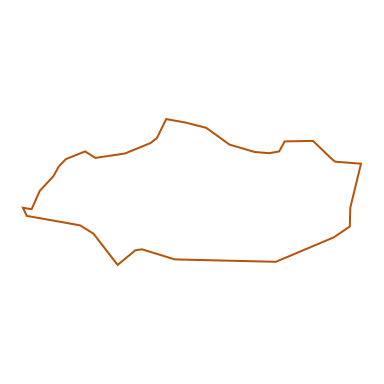 SVG path tracing the border of Črna na Koroškem
{"feature_id": "SVN-944", "entity_name": "Črna na Koroškem", "entity_type": "Municipality", "adm_level": 1, "iso_a3": "SVN", "parent_name": "Slovenia", "parent_adm1": "", "projection": "equal_earth", "projection_center": [14.808, 46.47], "detail": "fine", "context": "isolated", "style": "outline", "palette": "amber", "viewbox_px": 384, "rotation_deg": 0, "n_neighbors": 0, "source": "natural_earth", "source_scale": "10m", "svg_char_len": 535}
<svg xmlns="http://www.w3.org/2000/svg" viewBox="0 0 384 384"><path d="M95.4,157.9L124.9,153.5L150.4,143.1L156.9,138.1L166.2,119.1L184.9,122.4L206.2,127.8L229.5,144.6L254.7,152.0L269.3,153.2L279.2,151.4L284.7,141.4L313.0,140.9L332.1,159.3L335.3,161.7L361.0,163.7L350.3,207.7L349.8,226.5L333.8,237.3L275.8,261.8L174.7,259.4L141.9,249.3L135.3,250.3L117.6,264.9L93.5,233.7L80.2,225.4L26.8,215.9L23.0,207.8L31.6,209.2L39.8,190.8L53.3,176.3L59.0,166.2L65.9,159.1L85.1,151.4L95.4,157.9Z" fill="none" stroke="#b45309" stroke-width="2"/></svg>